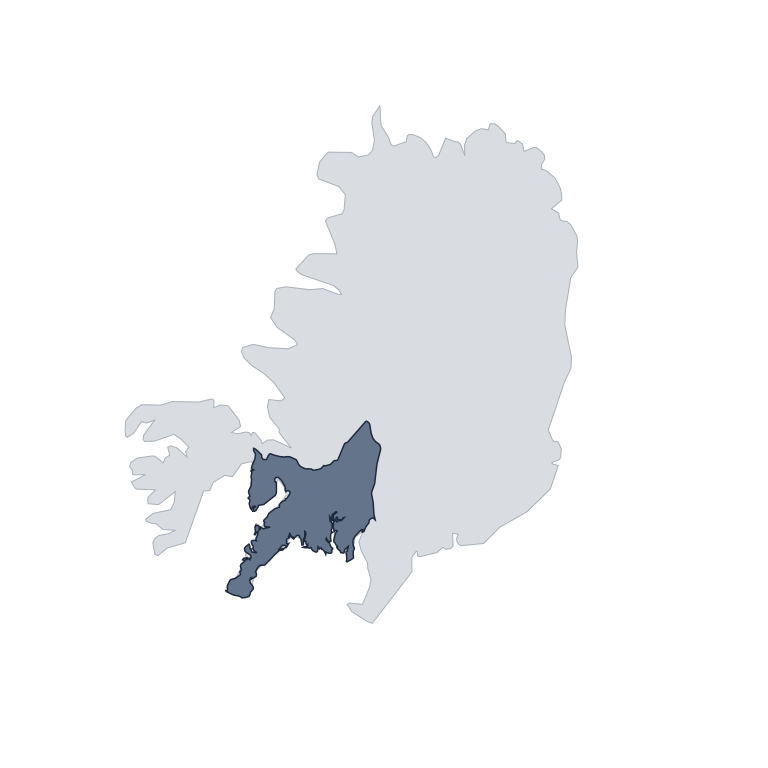 Vesturland highlighted on a map of Iceland, rotated 311°
{"feature_id": "ISL-710", "entity_name": "Vesturland", "entity_type": "Region", "adm_level": 1, "iso_a3": "ISL", "parent_name": "Iceland", "parent_adm1": "", "projection": "orthographic", "projection_center": [-22.162, 64.9], "detail": "fine", "context": "in_parent", "style": "filled", "palette": "slate", "viewbox_px": 768, "rotation_deg": 311, "n_neighbors": 0, "source": "natural_earth", "source_scale": "10m", "svg_char_len": 9833}
<svg xmlns="http://www.w3.org/2000/svg" viewBox="0 0 768 768"><g transform="rotate(311 384 384)"><path d="M547.2,222.2L552.9,222.0L561.6,216.9L573.4,203.2L578.6,199.9L591.2,198.4L577.3,212.0L573.0,225.6L569.4,232.4L569.8,235.2L581.6,241.8L586.6,238.6L589.0,239.3L591.5,242.8L593.8,250.0L593.8,257.7L591.5,265.7L588.0,272.6L588.8,274.6L592.4,275.2L610.1,269.2L613.3,278.3L615.3,281.2L615.2,284.4L609.2,295.4L617.0,288.0L623.5,285.4L635.5,287.1L640.7,290.1L644.3,296.1L649.8,293.3L652.9,296.6L653.5,300.5L652.4,311.5L646.2,317.8L651.4,325.0L654.9,324.7L655.7,326.4L656.0,331.0L651.3,337.1L661.0,341.9L662.4,344.0L662.8,350.9L661.8,355.0L659.4,357.7L653.1,358.9L649.5,361.9L651.4,366.0L651.7,377.8L647.8,387.9L643.7,393.6L639.4,397.5L626.1,395.4L627.6,403.6L623.5,409.2L624.9,413.3L626.8,415.3L626.7,420.8L622.1,432.7L618.3,436.9L610.4,442.3L599.4,453.8L587.0,455.1L558.1,472.9L546.9,482.0L527.4,507.7L518.7,514.7L503.3,519.1L457.0,538.2L452.3,547.9L452.2,550.0L454.5,553.4L451.4,560.3L444.4,565.6L441.0,565.7L434.8,562.1L434.2,564.1L436.9,568.9L413.9,578.4L381.1,575.7L351.9,565.4L329.0,563.8L312.5,548.2L312.0,545.7L313.6,540.8L319.3,538.6L316.4,533.7L307.0,542.5L303.8,542.3L299.7,539.0L299.4,535.6L291.4,534.5L277.3,524.5L276.3,522.2L279.5,518.8L278.9,518.1L271.3,518.8L260.6,528.3L195.8,532.2L193.7,527.2L191.1,508.8L193.4,501.0L196.1,501.7L203.6,512.3L220.9,506.5L227.8,502.6L234.3,492.5L238.0,489.2L243.1,476.4L248.3,468.6L259.1,464.8L249.4,462.6L233.4,472.9L228.0,472.9L230.5,468.4L236.0,463.4L232.2,463.1L230.7,460.8L230.5,456.1L233.3,448.4L252.1,434.7L247.7,432.1L234.7,442.6L225.2,446.2L217.4,441.4L213.7,435.0L214.0,432.2L218.5,424.1L217.8,422.5L214.7,421.7L206.4,414.2L193.2,414.8L160.7,410.0L135.9,419.9L130.1,414.9L125.6,404.4L126.7,400.4L131.0,398.3L143.0,398.9L160.7,394.4L168.8,388.5L171.8,390.0L173.3,393.0L184.2,388.6L190.0,383.3L199.7,386.0L236.1,383.2L240.8,376.2L242.6,367.9L241.8,366.2L228.5,373.9L225.4,373.8L210.0,369.7L204.4,365.1L206.3,361.4L214.5,353.6L235.2,340.4L238.0,337.7L238.3,334.5L230.1,328.9L214.6,330.5L210.7,323.8L197.9,319.8L189.3,322.2L184.8,318.1L133.9,338.2L117.8,328.0L106.2,326.0L105.2,322.9L112.3,313.9L117.0,312.4L121.7,313.4L130.4,320.1L136.6,322.3L129.1,312.6L129.0,303.5L126.7,301.0L124.5,294.9L125.5,292.9L134.7,294.5L149.1,305.4L156.4,303.7L165.9,297.1L145.0,292.9L138.8,284.4L143.4,280.2L154.2,281.0L142.5,266.5L142.1,263.9L144.2,257.7L159.1,263.5L151.4,254.9L151.2,253.0L153.5,251.5L154.8,246.3L158.6,244.4L166.1,246.3L177.7,256.3L179.3,259.0L179.6,269.0L184.3,267.5L189.8,268.9L194.4,262.2L197.5,263.8L200.0,269.9L199.6,283.2L202.8,278.6L208.3,278.3L209.2,267.3L208.2,258.5L190.4,248.3L183.5,240.9L184.3,238.4L187.8,236.2L206.4,234.6L198.5,230.2L196.5,225.8L182.5,227.3L175.4,225.4L175.3,223.1L178.2,219.9L186.7,213.1L202.8,212.7L209.3,214.6L221.8,229.6L231.8,235.7L248.8,256.0L259.7,263.8L260.2,265.7L258.4,268.1L254.3,270.9L260.8,274.3L264.8,279.6L265.1,281.9L261.7,298.4L257.7,303.7L247.5,300.7L250.0,305.9L257.3,311.4L258.9,314.5L257.9,317.6L261.3,316.6L262.5,318.3L261.0,327.7L259.2,331.1L265.3,332.9L269.5,337.5L274.9,356.2L277.5,341.7L278.8,336.4L281.3,334.4L283.9,319.6L290.6,310.7L296.8,307.4L303.7,317.4L308.4,318.3L312.8,300.1L313.1,286.8L311.2,272.2L311.7,261.8L314.7,255.4L318.9,253.4L328.1,259.3L336.1,273.6L348.0,288.9L356.1,292.6L357.5,292.0L358.6,286.8L356.6,266.1L359.8,254.8L368.9,251.7L382.4,240.9L385.6,240.4L392.8,245.9L406.4,266.0L415.9,275.2L421.5,290.4L423.8,293.2L425.4,288.2L425.2,281.3L412.4,249.9L412.0,245.6L412.8,242.1L432.1,242.5L436.7,245.8L451.3,263.1L457.3,255.2L468.7,232.6L473.2,232.9L484.9,240.7L489.3,239.6L501.5,230.6L503.4,220.4L496.0,200.4L497.9,196.0L509.3,189.8L522.2,189.6L537.3,207.3L538.7,216.0L547.2,222.2Z" fill="#d9dde1" stroke="#a8b0b8" stroke-width="1"/><path d="M261.1,465.1L261.7,464.2L259.3,465.5L258.1,465.0L258.1,464.2L259.0,464.0L259.8,463.4L259.8,462.8L259.5,462.5L259.8,462.5L250.2,462.0L245.7,463.1L241.8,466.8L241.1,468.7L240.7,469.3L240.2,469.7L237.9,470.4L235.5,472.2L234.7,473.2L232.8,475.0L230.3,474.6L225.5,472.8L225.5,471.9L227.7,470.6L229.8,468.6L231.6,466.1L232.7,465.3L233.9,466.0L234.8,465.0L237.2,464.2L238.2,463.5L233.5,463.0L232.0,463.5L231.0,464.3L230.2,464.5L229.4,463.9L228.4,461.8L229.1,460.7L229.2,457.5L229.6,455.6L230.0,455.4L230.4,455.8L230.8,455.8L231.0,453.7L232.0,451.0L232.0,449.8L233.4,448.5L239.3,445.4L242.4,445.1L242.1,444.0L241.6,443.4L241.0,443.2L240.2,443.4L240.2,442.6L241.2,441.7L243.2,438.9L244.9,438.1L246.3,436.6L247.0,436.5L249.2,436.6L249.0,438.8L250.0,439.2L251.4,439.2L252.0,440.4L252.7,441.3L257.1,441.6L256.2,440.9L254.4,441.1L253.5,440.8L252.7,440.0L251.5,438.1L250.6,437.5L252.7,436.6L252.7,435.8L247.3,435.9L247.3,435.0L250.3,433.1L251.3,432.1L252.1,431.8L256.3,432.5L256.3,431.6L252.2,430.7L250.9,430.8L247.6,434.0L246.2,434.1L246.2,433.3L247.6,432.0L248.1,431.1L248.4,429.9L245.2,433.2L244.9,436.0L241.6,439.2L238.9,440.2L238.1,440.9L238.4,442.6L236.8,442.1L235.4,442.5L232.3,445.1L231.1,446.6L230.3,447.2L229.4,446.8L228.9,445.6L228.9,444.4L229.8,441.7L228.7,442.1L228.2,443.5L228.0,445.3L228.0,447.2L227.8,447.8L226.6,450.1L226.3,451.2L226.3,452.8L225.8,453.6L224.0,453.5L223.5,454.4L223.0,454.8L222.1,455.2L221.2,454.7L220.3,453.7L219.5,452.1L219.0,450.1L218.1,451.3L217.2,451.8L217.9,450.3L218.6,448.4L218.8,446.5L218.3,445.1L219.0,444.3L218.2,443.5L217.2,443.4L218.0,441.7L218.0,441.0L215.5,442.8L214.0,443.5L212.9,443.4L212.0,441.9L211.6,439.9L211.8,438.0L212.5,436.7L212.5,436.0L211.6,435.8L211.0,434.9L210.2,433.4L209.6,433.0L208.8,432.1L207.6,430.0L208.9,430.5L210.2,431.9L211.6,432.8L212.9,431.7L211.8,431.7L212.2,430.3L212.7,429.4L214.0,428.4L213.3,427.6L213.3,426.7L219.3,423.7L220.8,421.7L220.8,420.9L217.6,423.7L215.9,424.6L214.2,425.0L212.8,425.9L211.2,427.6L209.7,428.7L208.6,427.5L209.3,427.0L210.8,425.0L211.9,423.9L212.5,423.0L213.0,421.7L212.6,420.9L213.0,420.7L214.0,419.2L212.8,417.8L211.3,417.4L207.9,417.5L208.7,415.9L207.6,415.9L209.4,410.8L208.9,410.9L208.4,411.4L208.0,412.2L207.6,413.3L207.3,412.2L206.9,411.7L206.4,411.8L205.9,412.4L205.9,413.3L203.0,412.4L202.2,412.8L200.6,414.6L199.8,414.9L199.8,415.8L201.2,416.7L196.4,417.6L195.2,416.6L197.0,416.7L197.5,416.2L197.3,415.5L196.8,414.5L195.7,413.2L190.2,413.2L191.0,414.1L193.7,415.8L193.7,416.6L192.3,416.5L189.9,414.3L188.4,414.1L188.7,414.1L182.2,413.4L176.0,413.3L168.9,412.7L165.9,409.4L163.0,409.1L158.0,410.2L158.0,410.5L156.7,412.7L155.5,413.5L154.9,413.7L148.9,411.7L149.4,411.2L150.7,410.8L149.9,410.4L147.8,411.4L146.2,413.4L145.9,415.8L144.9,418.7L143.5,419.8L139.6,419.9L138.5,420.2L136.2,421.4L135.1,421.5L131.4,419.2L130.6,418.0L129.9,417.7L129.4,417.1L129.2,415.0L128.9,413.9L126.8,410.3L125.9,408.3L125.2,406.2L123.9,401.0L124.3,400.1L125.3,401.2L126.3,400.8L128.2,398.6L129.3,398.0L134.9,396.5L136.0,396.7L140.1,399.5L145.8,400.7L146.3,400.4L147.3,398.8L147.8,398.3L149.9,398.5L150.4,397.9L152.4,395.0L154.5,394.3L159.2,395.2L159.2,394.3L158.9,393.9L158.5,392.6L160.7,392.5L161.4,393.2L161.0,395.2L161.6,395.8L162.5,394.3L163.1,394.4L163.3,395.5L163.2,397.3L163.5,398.1L164.5,396.9L165.3,397.7L166.2,397.2L167.0,396.1L167.3,394.9L166.5,390.3L166.7,388.6L168.2,386.7L170.3,386.3L174.5,387.1L174.1,388.4L173.5,389.4L172.0,390.4L172.3,392.1L171.7,392.2L171.3,392.7L170.5,394.5L173.3,398.8L173.0,396.9L173.0,395.4L173.3,394.1L173.8,392.9L175.5,392.1L175.9,391.5L176.4,389.2L177.9,387.3L179.4,387.2L180.8,388.4L181.9,390.6L182.7,389.3L183.8,388.5L187.0,387.8L190.1,385.7L189.3,385.1L185.5,385.6L185.5,384.7L187.7,384.2L191.6,380.3L193.6,379.8L193.0,380.6L193.9,380.9L194.7,381.5L194.6,382.6L194.7,383.0L194.0,384.1L192.4,385.0L191.9,385.7L193.4,385.8L194.3,385.5L195.0,384.8L195.4,387.2L195.8,388.2L197.5,389.0L199.8,391.1L200.6,391.5L200.7,390.7L200.0,390.3L199.4,389.6L198.2,387.3L199.6,385.4L200.4,384.9L201.4,384.8L201.5,383.2L202.5,382.7L206.8,383.0L211.0,382.0L218.0,383.4L222.6,385.8L223.1,385.5L223.9,384.4L224.4,384.1L228.2,384.1L229.3,384.5L230.4,385.4L231.5,385.8L232.5,384.9L233.8,385.8L239.5,384.9L240.9,383.7L240.9,382.2L240.0,381.0L238.4,380.7L239.0,379.1L239.6,378.5L240.3,378.2L241.2,377.3L241.9,375.9L244.0,369.7L244.1,365.4L242.5,363.7L240.3,364.0L238.7,365.6L238.7,366.4L239.1,366.4L239.1,367.4L231.4,374.1L228.8,375.1L214.2,372.3L210.5,369.2L209.9,369.0L208.9,369.6L204.3,370.3L202.9,369.7L201.9,368.5L202.7,368.0L204.2,367.5L205.4,366.4L205.8,367.1L206.2,367.3L207.1,367.4L207.1,366.5L206.0,365.6L204.7,365.5L202.2,366.4L202.7,364.6L203.7,362.9L205.4,360.6L207.8,359.5L208.7,358.5L208.6,356.5L209.3,356.1L211.2,356.5L211.6,356.0L213.2,353.1L214.5,352.0L220.2,350.4L225.0,346.7L226.9,344.3L230.1,342.6L231.3,341.3L230.9,341.1L231.0,340.6L231.7,340.6L233.0,342.0L233.7,342.1L233.0,339.6L236.2,337.8L242.8,335.7L245.9,333.7L246.8,332.9L248.0,329.8L248.6,328.8L249.9,327.8L250.5,329.4L250.6,333.0L250.2,336.4L250.3,337.6L250.2,338.1L248.6,339.7L248.1,340.8L247.9,341.6L248.0,342.4L248.3,343.0L249.9,344.9L254.3,343.6L256.2,343.6L256.7,343.9L257.1,344.6L258.0,347.3L261.1,353.4L262.5,355.2L262.9,356.1L263.3,356.6L264.5,357.3L267.2,360.5L267.8,362.3L268.0,363.1L269.0,366.3L269.2,367.2L269.1,368.1L267.3,372.3L267.1,373.5L267.1,375.1L267.2,376.3L268.4,380.3L268.8,380.9L270.2,382.3L271.2,383.8L272.1,384.8L272.3,385.2L272.3,385.8L272.3,387.0L276.4,390.5L277.9,391.4L279.6,392.0L283.0,392.0L283.5,393.3L288.0,396.2L288.8,396.4L293.1,396.6L293.6,396.8L295.7,398.8L296.5,398.9L313.0,393.4L313.7,393.5L316.2,394.7L343.8,394.8L344.3,395.0L344.7,396.1L344.8,397.8L344.5,398.9L344.1,399.8L338.4,406.6L335.7,411.4L335.1,414.4L335.0,415.9L335.3,419.2L335.2,420.2L335.1,421.0L334.1,422.6L332.7,424.2L318.8,431.3L302.7,442.3L294.3,445.6L293.0,446.6L287.1,454.0L279.4,461.5L275.7,466.4L275.8,464.7L276.0,464.3L275.9,463.7L275.6,463.4L274.4,462.6L272.0,462.2L271.4,462.3L269.3,463.7L264.4,464.0L261.1,465.1Z" fill="#64748b" stroke="#1e293b" stroke-width="1.5"/></g></svg>